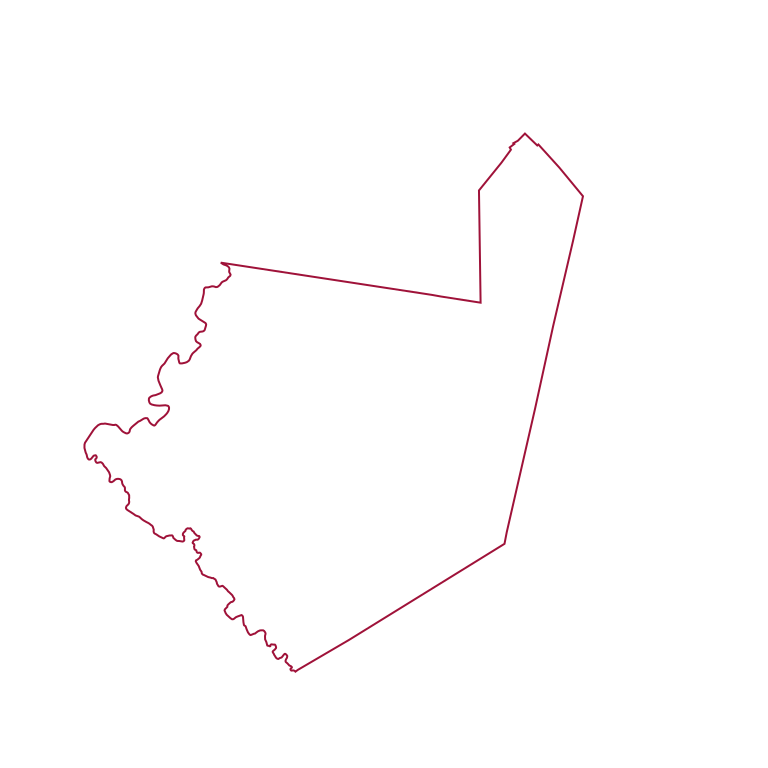 outline of Doctor Coss, Nuevo León, Mexico, rotated 318°
{"feature_id": "50627088B25752272792370", "entity_name": "Doctor Coss", "entity_type": "district", "adm_level": 2, "iso_a3": "MEX", "parent_name": "Mexico", "parent_adm1": "Nuevo León", "projection": "albers", "projection_center": [-99.12, 25.971], "detail": "fine", "context": "isolated", "style": "outline", "palette": "rose", "viewbox_px": 768, "rotation_deg": 318, "n_neighbors": 0, "source": "geoboundaries", "source_scale": "gbopen_adm2", "svg_char_len": 6166}
<svg xmlns="http://www.w3.org/2000/svg" viewBox="0 0 768 768"><g transform="rotate(318 384 384)"><path d="M121.0,483.1L124.6,483.4L126.8,484.1L127.3,484.4L129.3,486.1L129.7,487.3L129.5,489.1L129.2,489.8L128.8,490.4L127.0,491.6L124.8,494.2L123.8,497.3L123.4,498.0L122.3,500.2L122.3,500.4L123.2,501.6L123.7,502.6L124.1,502.7L124.6,502.2L125.1,502.0L125.8,502.0L126.3,502.3L127.2,503.4L128.5,504.6L128.5,505.6L127.7,507.4L127.0,508.0L125.0,508.3L123.0,508.2L122.1,508.5L121.8,509.1L121.6,510.6L121.1,512.1L120.9,513.9L120.6,514.8L120.7,516.2L121.0,517.0L121.6,517.7L123.1,517.9L124.9,518.7L125.8,518.6L128.6,518.1L129.6,518.1L130.0,518.4L130.2,518.8L130.3,520.3L130.1,521.4L129.8,521.7L129.3,522.1L128.7,522.5L126.8,523.1L125.9,523.6L125.3,524.2L125.0,524.9L125.3,527.1L125.3,529.8L126.0,531.4L126.1,532.0L126.1,532.6L126.0,532.9L125.6,533.1L124.2,533.1L123.7,533.3L123.4,533.8L123.3,534.7L123.5,535.1L124.8,536.0L125.2,536.5L125.7,537.5L125.7,538.5L128.7,538.8L186.9,550.8L366.6,583.4L376.0,576.3L480.2,503.1L548.5,454.1L620.0,404.3L657.5,377.6L659.1,340.4L659.0,309.3L657.5,309.3L656.3,292.2L646.2,292.8L641.3,291.6L641.4,292.8L635.7,292.3L635.1,294.8L619.4,298.1L584.1,303.7L510.2,388.2L484.8,357.0L479.2,349.8L343.9,184.6L344.7,187.7L346.1,190.2L346.5,191.3L346.8,192.6L346.8,193.1L346.7,193.9L346.3,194.9L344.5,196.5L343.9,197.2L343.2,200.0L342.3,200.6L341.8,200.7L339.5,200.6L338.3,201.0L336.7,201.2L335.8,201.1L332.8,200.1L331.4,199.9L328.1,200.6L325.8,200.5L324.8,200.2L323.9,199.5L323.0,197.9L322.1,196.8L321.4,196.2L318.1,194.6L316.1,192.9L315.4,192.7L314.6,192.8L313.4,193.3L311.0,195.8L310.0,196.6L304.7,200.3L301.8,202.0L299.1,202.7L296.2,203.1L294.5,203.6L292.4,204.3L291.7,204.7L290.9,205.5L290.2,207.1L289.9,211.3L290.4,213.2L292.1,219.1L292.1,219.5L291.8,220.6L290.8,221.5L287.0,223.8L286.2,224.0L285.1,223.9L284.2,223.5L282.2,222.1L281.5,221.9L280.7,221.8L279.0,222.2L276.8,222.3L275.6,222.6L275.0,223.0L273.9,224.4L273.4,225.4L273.0,226.3L273.0,227.0L273.1,227.9L273.8,230.0L274.1,231.2L273.8,232.3L273.5,232.7L272.9,233.0L271.5,233.1L269.0,233.0L267.2,233.3L263.2,233.2L261.8,233.3L259.2,234.1L256.1,235.7L254.6,236.1L252.6,235.9L251.8,235.7L250.2,235.0L247.8,233.6L246.2,232.2L246.1,231.7L246.2,231.1L248.1,227.6L250.2,225.4L250.4,224.2L250.2,223.1L249.8,222.1L249.2,221.1L248.5,220.3L247.9,220.0L245.7,219.6L244.4,219.7L240.5,220.2L234.6,221.9L231.2,222.0L229.6,222.3L227.3,223.3L221.4,226.9L220.4,227.7L218.6,230.7L216.9,235.4L215.5,239.7L214.9,240.7L214.4,241.0L213.1,241.4L211.3,241.1L206.8,239.4L204.7,238.1L202.8,237.4L200.5,237.2L199.5,237.6L198.3,238.8L197.3,240.8L197.1,242.1L197.6,243.7L199.2,246.1L200.8,248.0L202.7,249.9L207.3,253.5L208.4,255.0L208.9,255.8L208.9,256.7L208.4,257.8L207.3,258.9L205.7,259.8L203.8,260.4L202.1,260.7L198.9,260.9L193.2,260.4L191.5,260.5L189.7,260.7L186.7,261.4L185.7,261.3L185.2,260.8L185.0,260.4L184.4,258.5L184.2,256.9L184.3,255.3L184.8,253.5L185.2,251.6L185.2,251.1L184.5,250.3L183.8,249.7L182.7,249.1L181.5,248.8L178.1,248.2L176.3,247.6L169.7,247.3L167.5,247.3L165.5,247.6L164.6,248.0L163.1,249.1L162.2,249.4L161.1,249.3L160.2,249.0L159.4,248.2L158.6,246.4L158.0,244.5L157.9,243.3L158.0,237.5L157.7,235.4L157.4,234.9L157.0,234.4L156.1,234.0L155.2,233.2L150.2,226.7L149.1,226.0L147.2,224.4L145.9,223.8L143.9,223.3L139.9,223.4L137.6,223.7L122.5,227.6L120.9,228.6L118.6,231.1L116.4,235.4L115.8,237.4L114.4,239.9L114.0,241.3L114.1,242.5L114.4,242.9L115.1,243.4L116.4,243.6L120.2,243.0L121.8,243.8L122.1,244.2L121.9,245.6L121.5,246.2L120.4,246.8L119.1,246.8L118.6,247.2L117.9,248.5L117.7,249.8L117.9,250.4L118.2,250.8L120.7,252.2L121.2,252.6L121.6,253.6L121.7,255.1L121.1,257.8L121.3,260.5L120.6,265.7L119.5,268.3L118.9,269.3L116.9,270.6L115.1,272.3L114.9,272.7L114.9,273.0L115.0,273.5L115.4,274.2L116.1,274.8L117.9,275.2L120.3,275.2L121.3,275.5L122.3,276.0L123.3,276.9L124.1,278.0L124.4,278.7L124.5,279.8L124.1,281.1L123.2,282.3L122.6,283.6L122.3,285.2L122.3,287.1L122.0,287.8L120.3,289.7L120.0,290.7L120.1,291.5L120.7,292.9L120.8,293.4L120.2,296.1L118.3,298.3L117.6,298.8L116.8,299.6L115.8,301.1L115.2,301.6L114.6,302.0L113.7,302.3L112.6,302.4L111.4,302.4L110.6,302.6L109.4,303.3L109.1,303.8L108.9,304.3L109.0,305.9L110.9,312.9L111.4,315.4L113.1,318.5L113.3,319.2L113.6,322.4L114.0,324.3L115.1,327.7L115.7,329.2L116.2,330.8L116.5,332.8L116.8,334.0L116.8,334.6L116.7,335.3L115.4,338.2L114.2,339.3L113.5,340.6L113.5,341.6L114.2,343.5L115.0,346.8L116.8,351.1L117.4,351.5L119.7,351.4L120.4,351.5L123.3,353.1L125.2,354.7L125.3,355.0L125.2,355.9L124.5,357.5L124.8,360.3L125.1,361.7L125.4,362.3L126.8,363.7L128.7,366.1L129.2,366.5L130.2,366.7L130.8,366.6L131.1,366.4L132.7,364.3L133.6,363.6L133.6,363.0L133.4,362.3L133.5,361.6L134.3,360.8L135.0,360.5L135.9,360.3L138.0,360.3L138.7,359.8L140.3,359.5L141.6,359.9L142.7,361.3L143.4,361.5L143.6,361.8L143.7,362.5L143.4,363.9L143.4,365.2L143.8,366.3L143.4,367.8L143.5,371.2L143.9,372.1L144.9,373.4L144.8,374.0L144.4,374.5L143.0,375.0L142.1,375.1L141.4,375.0L140.0,373.8L137.8,373.1L136.8,373.3L135.6,373.9L135.4,374.4L135.7,375.5L135.5,376.5L134.8,377.4L134.0,377.7L132.7,379.8L132.7,380.8L133.2,381.9L132.4,383.6L132.4,384.4L132.8,385.1L133.7,385.6L134.3,386.2L134.4,387.0L134.3,388.1L133.9,388.6L132.9,388.8L131.5,389.5L130.5,389.8L127.9,389.7L126.2,389.3L125.5,389.8L125.0,391.4L124.5,395.3L123.1,399.0L122.8,401.4L121.8,403.0L121.9,404.6L122.3,405.3L124.2,409.9L125.4,411.6L126.3,413.2L127.3,414.0L127.5,415.3L127.9,416.3L127.9,416.6L127.0,419.5L126.5,420.2L126.2,420.9L125.7,423.6L125.9,424.1L126.4,424.7L127.4,425.2L128.6,425.7L128.8,425.8L129.1,426.4L129.6,431.8L129.4,433.7L129.6,435.1L129.9,439.1L129.8,440.1L129.4,441.5L129.3,442.9L128.8,443.9L127.9,444.3L126.6,444.5L125.6,444.4L124.6,443.8L123.7,443.6L120.7,443.6L119.5,443.8L118.4,444.8L114.9,445.0L113.9,445.7L113.8,446.1L113.0,448.4L112.7,450.3L113.2,455.3L113.6,457.0L113.8,457.3L114.6,457.9L115.4,458.1L117.8,458.2L119.4,458.7L123.1,460.2L123.4,460.3L123.7,461.0L123.7,461.7L123.4,462.7L120.2,466.9L118.7,469.3L118.6,469.8L119.0,471.2L119.0,471.5L117.8,474.3L116.7,477.6L116.6,478.7L116.5,479.9L116.7,481.1L117.5,481.6L120.3,482.6L121.0,483.1Z" fill="none" stroke="#9f1239" stroke-width="2"/></g></svg>